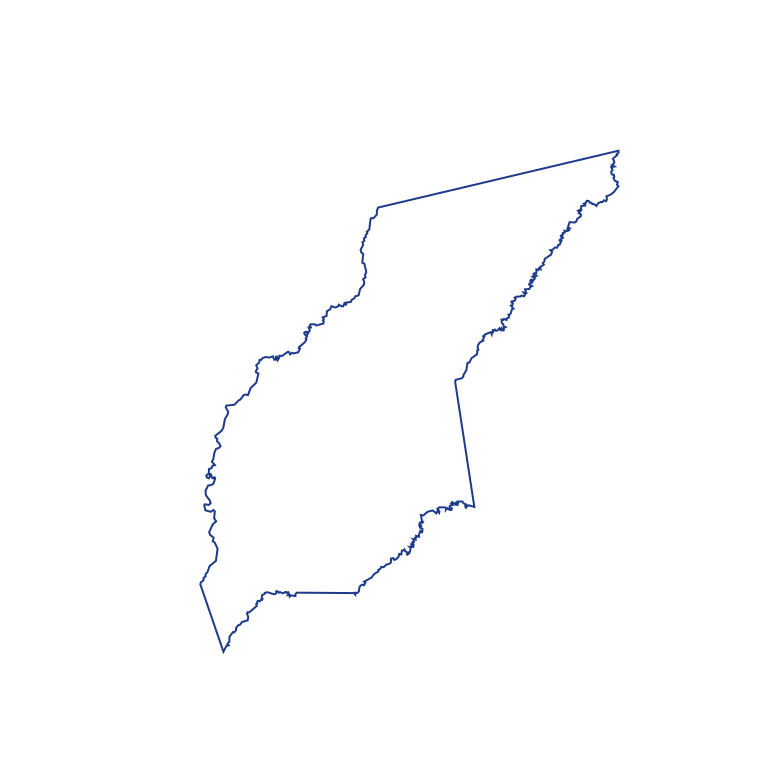 outline of Arauca, Arauca, Colombia, rotated 295°
{"feature_id": "7082276B76814651219930", "entity_name": "Arauca", "entity_type": "district", "adm_level": 2, "iso_a3": "COL", "parent_name": "Colombia", "parent_adm1": "Arauca", "projection": "albers", "projection_center": [-70.53, 6.795], "detail": "fine", "context": "isolated", "style": "outline", "palette": "blue", "viewbox_px": 768, "rotation_deg": 295, "n_neighbors": 0, "source": "geoboundaries", "source_scale": "gbopen_adm2", "svg_char_len": 6156}
<svg xmlns="http://www.w3.org/2000/svg" viewBox="0 0 768 768"><g transform="rotate(295 384 384)"><path d="M694.5,497.9L541.4,304.1L538.0,304.3L534.5,305.9L529.6,304.3L529.2,302.6L528.0,302.0L517.8,305.4L514.6,304.1L513.7,305.2L510.8,304.4L509.6,305.5L507.5,304.2L505.3,305.7L503.5,304.5L501.4,306.3L495.7,306.1L493.7,307.8L493.1,310.2L484.7,313.1L484.8,315.3L478.0,320.6L474.7,320.7L472.9,322.2L470.2,320.7L468.2,322.9L465.6,323.8L459.9,322.2L453.6,323.5L451.3,320.9L449.1,320.9L446.8,319.2L444.3,319.2L442.1,315.7L439.8,316.0L439.7,315.2L441.2,314.6L440.8,314.0L437.2,314.2L436.4,312.2L436.8,309.5L434.9,309.5L432.7,307.5L432.3,303.5L428.9,303.6L425.8,301.5L421.4,303.2L418.5,300.3L417.6,301.9L415.9,301.7L415.6,302.8L413.2,303.5L408.4,297.9L408.9,296.1L407.0,292.1L404.5,292.4L404.5,294.7L403.4,291.8L401.2,294.1L396.6,293.6L398.7,292.1L397.8,290.5L396.5,290.1L395.5,291.1L394.7,294.1L392.1,293.8L391.6,294.9L388.4,294.6L381.5,291.4L380.5,291.6L380.5,292.9L376.4,292.8L373.5,289.1L373.5,287.5L371.1,286.3L372.7,284.5L372.6,283.3L366.4,279.8L365.4,277.2L363.8,277.9L360.8,277.6L363.6,275.4L363.0,274.6L360.4,275.7L359.6,274.2L362.2,271.7L359.3,268.6L358.5,265.4L356.1,263.0L353.8,262.4L353.3,261.0L350.8,261.8L347.0,260.3L344.7,262.8L341.3,262.4L340.4,263.4L340.5,265.7L331.3,267.7L324.0,264.8L316.4,265.4L315.9,262.9L314.6,261.5L309.2,260.4L307.6,259.1L302.0,257.2L297.7,250.2L295.9,250.5L292.9,254.6L290.0,255.2L285.2,254.6L276.2,256.9L272.8,256.5L265.7,253.0L264.2,253.9L264.0,255.9L261.7,256.8L260.1,260.5L258.4,262.1L256.2,261.3L254.1,259.2L250.1,259.3L244.1,261.0L240.9,260.9L239.0,265.0L237.6,263.2L234.8,263.2L233.0,261.3L228.9,263.0L225.9,261.6L224.5,262.9L224.5,265.1L226.4,265.5L228.2,264.2L229.2,265.0L226.4,267.9L226.3,269.0L227.9,269.8L227.1,270.9L221.7,271.5L219.4,270.2L217.7,267.5L211.7,267.4L207.9,269.6L204.7,275.5L202.6,277.3L200.3,276.2L199.2,272.4L197.7,272.5L194.0,275.6L195.1,281.2L197.6,282.5L197.1,284.5L190.6,286.7L188.6,289.9L184.4,288.1L175.9,288.1L173.8,290.1L172.7,294.6L169.1,295.3L168.7,297.7L164.4,302.8L152.7,306.4L145.2,302.9L139.1,303.5L136.1,302.7L134.2,303.6L132.0,302.4L129.8,303.4L126.8,301.8L124.7,302.3L73.5,351.6L80.0,351.9L81.5,353.7L82.2,351.9L85.2,352.8L89.5,350.7L95.4,352.0L95.4,353.1L98.6,354.0L99.7,353.1L103.2,353.5L105.2,355.3L108.3,355.9L112.1,360.3L115.6,359.4L117.9,356.9L119.6,356.8L120.0,358.3L129.1,362.5L130.5,361.2L131.5,361.9L133.0,361.1L134.1,361.3L134.6,363.3L136.5,363.7L136.8,364.7L138.0,364.7L138.2,363.7L141.0,362.7L143.1,364.4L144.3,364.2L146.0,366.3L147.0,373.3L147.7,374.2L149.2,374.7L150.3,373.9L151.2,374.7L150.4,377.0L151.4,377.5L151.6,380.8L153.7,382.5L154.2,383.3L153.5,384.1L154.8,385.2L153.8,386.5L152.0,386.1L152.8,387.6L151.5,388.4L153.0,389.0L154.4,393.3L156.0,392.5L158.0,393.1L181.7,444.9L180.9,447.0L182.7,446.2L183.1,447.9L185.2,448.9L189.7,447.6L191.6,448.1L193.3,449.6L193.2,451.0L196.2,451.1L196.5,449.5L203.2,454.5L207.8,455.4L211.8,458.2L213.3,457.4L214.8,458.8L217.2,458.8L217.8,461.1L221.3,462.5L223.4,465.0L225.5,465.7L228.7,464.0L230.2,466.2L228.9,467.4L230.3,469.1L233.6,470.2L236.5,469.6L236.8,471.7L240.7,470.6L241.4,472.1L242.7,472.4L241.4,474.1L241.1,476.9L238.4,476.8L241.4,478.5L242.0,478.3L241.0,477.2L243.3,478.4L246.9,477.3L247.2,476.1L248.3,478.6L249.4,477.3L249.2,479.2L250.8,478.8L251.2,477.3L252.9,477.8L252.5,476.7L255.2,477.3L255.7,476.0L256.3,478.5L257.9,477.2L258.8,478.2L259.9,477.3L260.5,480.3L261.6,479.4L266.1,479.0L265.5,481.0L266.2,481.2L268.9,480.1L269.0,477.5L271.0,477.9L271.8,476.3L270.4,476.1L270.8,475.6L273.5,475.1L274.7,476.3L274.2,477.2L275.5,477.7L275.8,476.4L280.9,472.8L281.6,475.3L286.4,477.3L290.0,481.6L288.9,486.0L291.6,486.1L290.5,488.4L292.0,488.1L293.5,485.1L295.7,486.4L298.1,491.8L297.8,493.0L296.2,493.4L298.2,494.1L297.6,496.5L298.3,498.3L300.0,498.1L299.7,496.0L300.5,495.2L301.3,495.1L303.4,497.3L304.0,495.3L305.8,495.7L305.1,498.2L308.0,500.0L306.8,501.1L305.1,500.5L305.5,501.8L308.9,501.0L310.6,504.6L309.5,506.6L309.5,509.3L307.7,509.1L306.4,510.5L309.8,511.7L310.8,517.8L416.0,447.6L418.1,447.2L422.0,452.0L424.3,452.8L425.8,452.2L431.2,452.8L438.5,450.7L439.4,452.3L444.3,452.4L450.4,455.8L453.6,454.4L454.9,455.1L456.5,453.4L459.0,452.8L461.8,453.1L465.1,455.5L465.2,454.7L468.5,455.0L469.2,453.7L470.1,454.8L471.4,454.4L476.2,458.9L474.6,460.6L476.1,460.2L476.9,461.0L478.9,459.9L479.3,461.5L480.1,461.6L479.6,462.8L480.4,464.2L483.4,465.1L482.2,466.6L484.1,467.0L482.5,468.6L483.3,469.8L485.3,468.9L486.8,470.0L486.5,468.2L488.4,467.0L489.2,464.9L492.1,463.3L492.5,465.0L493.7,465.2L493.8,468.0L495.1,467.5L497.0,469.0L498.9,468.5L499.3,467.6L501.0,469.0L505.8,468.4L507.0,469.5L508.7,465.9L509.6,467.0L511.7,466.7L511.8,465.0L512.7,464.7L514.7,467.2L516.7,467.5L517.4,465.9L519.2,467.2L521.0,470.8L522.3,471.2L522.7,473.9L524.9,474.1L525.9,471.8L526.8,474.4L529.4,471.8L531.5,475.5L533.8,475.6L535.3,476.8L535.4,473.6L536.5,473.3L538.1,475.2L539.7,475.4L539.3,473.1L540.6,473.1L541.2,474.0L540.8,475.5L543.7,476.2L544.0,473.5L546.2,476.1L546.1,473.3L546.9,473.0L548.0,473.4L548.4,475.3L552.3,473.7L552.4,475.6L554.3,475.5L554.1,477.4L556.1,476.1L559.7,478.4L560.7,476.8L562.8,477.6L565.3,476.8L572.0,480.8L574.8,480.5L575.6,478.2L576.8,480.0L579.9,481.2L580.6,483.2L583.8,483.2L584.5,484.4L588.7,484.2L588.2,482.5L588.9,482.3L592.0,484.4L592.9,483.6L592.4,482.3L593.0,481.6L595.3,483.0L596.4,482.3L597.7,483.8L599.2,482.7L600.2,485.8L601.9,486.8L602.2,486.1L601.3,485.6L602.1,484.7L603.6,486.3L604.0,484.4L609.1,483.8L611.0,488.7L612.9,489.6L615.3,489.3L619.0,491.4L620.8,491.0L621.1,488.5L623.9,489.0L622.6,487.6L622.9,486.6L625.5,488.6L628.7,487.6L630.7,490.9L631.7,490.5L632.0,489.0L633.5,490.4L635.7,490.3L636.4,492.4L635.3,493.9L635.9,495.6L635.1,496.7L635.8,498.8L635.1,501.3L638.5,501.7L640.9,503.9L641.1,505.1L643.5,505.8L643.6,508.1L645.6,508.0L648.2,506.3L650.8,508.9L654.8,511.1L662.3,512.9L663.0,510.9L665.9,510.5L665.7,507.3L667.8,504.8L669.1,505.2L670.8,503.9L670.2,502.5L670.8,501.3L672.3,500.2L674.8,500.6L676.5,498.2L678.5,501.0L678.8,498.0L680.7,499.0L682.7,498.9L684.9,496.2L690.1,498.6L690.5,497.8L693.1,498.8L694.5,497.9Z" fill="none" stroke="#1e3a8a" stroke-width="2"/></g></svg>